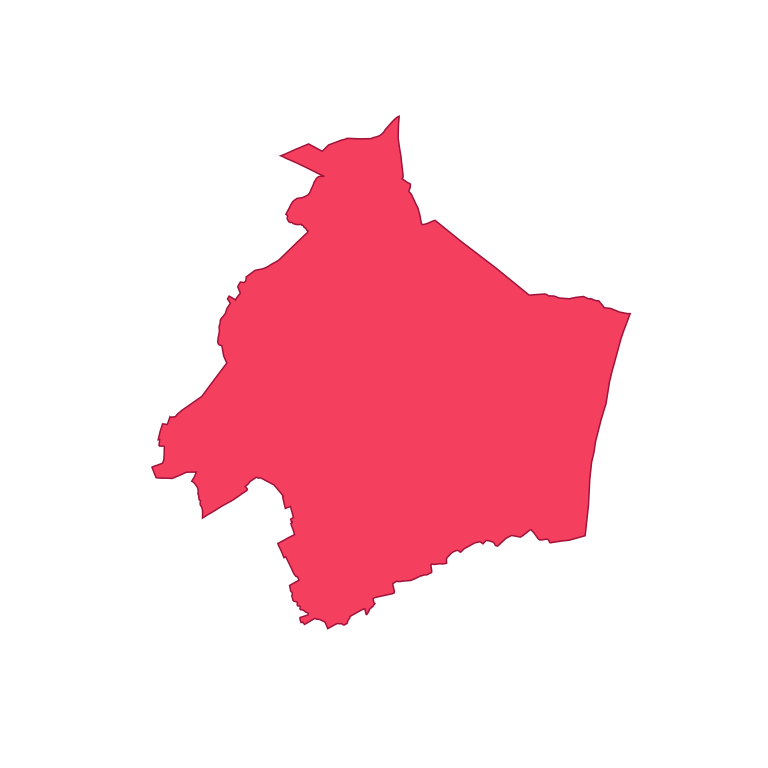 Chau Thanh, Hau Giang, Vietnam (Equal Earth projection), rotated 52°
{"feature_id": "81297802B83209776142835", "entity_name": "Chau Thanh", "entity_type": "district", "adm_level": 2, "iso_a3": "VNM", "parent_name": "Vietnam", "parent_adm1": "Hau Giang", "projection": "equal_earth", "projection_center": [105.811, 9.921], "detail": "fine", "context": "isolated", "style": "filled", "palette": "rose", "viewbox_px": 768, "rotation_deg": 52, "n_neighbors": 0, "source": "geoboundaries", "source_scale": "gbopen_adm2", "svg_char_len": 6158}
<svg xmlns="http://www.w3.org/2000/svg" viewBox="0 0 768 768"><g transform="rotate(52 384 384)"><path d="M182.4,207.2L181.9,209.0L181.8,210.2L182.1,214.0L182.7,217.7L184.3,226.2L184.7,227.4L185.3,229.0L185.6,230.7L185.7,232.9L185.6,234.5L185.2,236.0L184.7,237.5L183.4,240.4L182.9,241.8L182.7,243.1L176.1,251.9L167.6,261.9L167.5,262.3L167.5,263.1L165.5,267.7L161.5,280.5L162.6,289.4L148.4,295.6L144.9,308.3L141.9,320.5L140.6,324.9L141.5,324.3L146.5,321.9L154.6,317.5L162.6,313.5L165.0,312.3L179.1,305.6L183.7,303.2L183.1,303.8L181.0,306.5L180.4,307.8L180.2,309.3L180.4,310.6L181.2,312.9L182.0,314.9L184.1,318.2L185.5,321.2L186.8,323.3L187.6,324.8L188.0,326.4L188.1,327.9L187.7,330.4L187.0,333.1L186.3,334.6L184.2,338.3L184.0,341.5L184.1,343.6L185.5,347.4L186.6,349.4L189.8,356.8L191.3,356.5L192.2,356.5L193.1,357.6L193.9,358.3L195.0,358.9L195.8,358.8L197.4,359.1L198.2,358.9L199.0,358.5L199.6,357.5L200.4,356.9L201.1,356.9L202.2,356.5L205.1,354.2L207.2,350.9L208.0,351.1L208.4,350.9L208.7,350.5L209.3,350.2L211.3,350.5L213.2,349.8L215.2,350.2L216.3,350.0L216.7,349.7L217.5,351.2L217.8,355.1L218.4,360.6L218.8,365.0L221.5,389.8L221.5,391.3L221.0,395.5L220.5,397.7L220.1,402.2L219.5,405.8L218.4,409.0L215.1,415.6L215.0,416.7L214.8,426.8L216.7,428.3L217.5,429.5L217.9,430.9L217.7,432.0L215.2,434.4L216.5,437.7L217.5,439.5L218.7,439.8L222.4,440.8L224.0,441.3L224.2,442.4L225.4,447.2L225.7,448.0L226.4,449.1L219.4,451.9L220.5,454.9L225.8,455.4L227.3,460.0L227.9,461.3L228.9,463.0L230.7,465.5L231.6,468.9L232.0,471.1L232.5,473.0L233.3,474.0L234.2,474.9L235.2,475.6L236.3,477.4L236.8,478.1L238.3,479.4L240.8,481.0L243.8,484.2L244.9,485.7L248.5,489.2L250.1,489.8L251.6,489.8L252.9,489.1L253.7,488.2L255.9,489.2L263.2,493.1L270.7,495.0L277.5,520.4L277.7,521.1L281.6,535.2L280.3,559.6L280.5,565.2L281.3,568.7L278.7,572.6L278.3,572.9L278.1,572.9L282.5,579.6L279.1,583.0L283.1,589.0L288.9,596.3L289.7,594.9L293.8,599.1L294.7,599.1L297.5,595.7L298.2,595.6L300.2,597.5L300.8,597.8L302.6,599.4L304.0,600.4L304.5,601.0L307.1,603.2L308.5,604.7L309.3,605.9L310.0,607.6L307.9,614.0L306.8,617.2L306.7,618.1L317.5,621.3L320.4,618.3L326.4,610.8L326.6,610.8L328.0,609.1L330.5,600.1L331.8,594.2L333.8,591.4L337.9,586.2L340.4,590.5L341.8,594.4L342.3,595.4L343.9,594.7L345.4,594.4L347.3,594.5L350.6,594.7L352.9,595.6L353.6,596.1L354.5,596.8L355.9,598.2L357.3,598.6L358.2,599.0L360.0,600.2L361.0,600.8L361.9,600.8L362.7,600.7L363.0,600.4L364.2,601.8L364.9,602.4L365.7,603.0L366.3,603.2L368.5,603.5L369.9,603.9L371.4,604.6L372.6,605.4L373.9,606.3L377.9,609.6L378.5,603.3L379.3,598.0L380.5,586.4L382.2,576.0L382.5,573.6L382.8,568.7L382.9,565.8L383.4,559.1L383.4,557.4L383.2,556.8L382.8,556.4L382.0,556.3L379.4,556.5L379.1,552.0L378.6,550.9L378.4,549.5L378.5,547.7L378.7,545.3L378.8,542.5L379.1,541.9L379.4,541.6L380.8,541.0L381.1,540.6L381.7,539.3L382.0,539.0L395.9,532.8L403.8,532.5L410.3,532.4L410.2,533.0L412.5,534.3L415.9,535.9L420.2,537.8L421.3,538.4L422.9,533.1L433.5,537.6L433.0,540.7L435.5,541.8L435.9,541.1L436.8,541.7L436.7,543.4L444.1,545.8L447.6,547.3L446.2,554.2L445.8,557.1L444.3,565.9L447.8,566.9L448.3,566.9L453.5,568.1L459.3,569.8L459.7,567.8L471.2,570.2L477.4,571.7L479.1,571.9L480.4,571.9L481.6,571.8L482.7,570.9L483.0,570.9L485.4,571.5L486.0,571.7L486.2,572.1L485.6,575.8L484.6,582.4L489.7,585.0L490.5,585.1L491.3,584.7L491.8,584.6L493.1,585.8L493.7,586.3L494.1,587.0L494.7,587.4L495.4,587.6L496.5,588.0L497.9,588.7L498.5,588.9L499.3,588.9L500.7,588.0L501.8,587.0L502.4,586.8L503.0,586.8L504.4,588.3L505.2,588.6L505.9,588.5L506.8,587.4L507.3,587.0L507.9,587.0L509.4,588.7L510.3,588.8L512.2,587.1L513.8,586.5L515.0,586.3L515.9,586.0L517.3,585.1L517.9,585.0L518.5,585.2L519.0,585.6L519.1,586.3L516.3,594.0L517.8,595.1L518.7,595.5L521.0,596.2L521.5,594.8L524.6,594.6L526.1,582.9L527.0,582.4L527.8,581.9L529.8,579.8L534.0,577.7L535.5,577.1L542.2,578.9L543.1,572.8L543.9,568.5L546.8,565.1L547.5,564.7L548.7,564.4L549.4,563.8L549.7,561.7L550.0,560.8L549.7,559.8L548.6,558.8L548.0,557.9L547.6,555.8L547.0,554.6L546.2,554.1L548.2,540.9L548.8,538.9L549.3,537.5L554.0,539.7L554.7,539.9L554.9,539.8L554.9,538.7L554.6,537.8L554.1,537.0L553.7,535.5L553.0,535.0L552.6,533.8L552.4,529.8L551.4,526.3L550.3,526.5L549.1,526.1L547.2,525.2L546.3,524.6L546.7,522.8L548.2,519.4L554.5,506.3L554.9,504.7L554.0,503.6L546.8,500.2L546.9,497.8L547.3,495.2L548.3,494.6L549.6,493.0L550.4,491.4L554.3,485.3L555.3,484.0L556.6,479.2L557.8,473.0L558.2,472.8L559.3,469.7L560.3,468.5L560.8,467.7L561.3,464.7L561.8,462.9L561.5,462.1L561.0,461.7L556.4,459.0L555.2,458.1L555.1,457.7L555.3,457.2L557.4,455.2L559.9,450.8L561.5,449.1L561.8,448.6L562.0,448.5L562.4,447.7L563.3,446.2L563.8,445.0L560.5,442.7L559.9,441.8L559.7,441.1L558.8,435.3L558.9,432.9L559.7,429.8L560.2,428.8L561.0,428.1L561.6,427.8L563.3,427.5L563.7,427.1L563.6,426.0L563.2,422.3L563.4,420.7L564.1,416.9L565.1,410.1L565.3,409.9L567.2,405.8L568.0,405.2L570.8,404.5L570.2,399.7L572.5,397.6L575.3,395.7L576.8,395.2L578.4,395.2L579.5,395.6L580.1,395.4L581.7,394.3L580.7,382.9L581.9,376.7L588.7,370.7L589.0,367.2L588.9,358.5L589.6,357.7L590.5,357.8L593.7,357.5L600.3,357.8L601.2,357.8L601.9,357.6L602.5,357.4L603.5,356.4L604.0,355.7L605.8,352.3L606.3,351.5L606.9,350.9L607.6,350.6L608.2,350.5L608.9,350.5L610.6,351.0L611.6,350.7L612.4,349.1L617.2,340.5L621.0,334.5L627.4,318.9L605.2,297.3L585.9,280.6L573.5,268.6L567.1,260.6L559.6,252.7L546.1,235.3L539.0,225.3L536.6,221.6L521.1,204.9L514.3,196.4L510.0,190.5L494.3,169.5L489.2,161.7L487.9,159.4L480.1,146.7L478.2,149.0L472.3,154.1L463.8,159.0L459.7,163.4L455.6,163.4L454.0,163.5L450.8,163.5L448.7,165.7L446.6,167.2L444.7,167.9L442.6,170.5L437.8,173.0L433.8,179.6L430.9,185.5L424.1,193.0L419.4,195.8L415.9,200.0L413.7,200.7L412.1,201.8L403.3,214.9L360.3,224.7L319.8,235.3L286.5,243.0L285.5,245.7L284.2,250.9L282.8,254.5L282.0,255.4L280.7,255.8L273.1,251.8L265.9,248.8L262.4,248.2L252.2,245.8L250.5,245.6L247.6,245.9L247.2,245.6L245.9,243.2L243.7,240.8L243.0,240.4L242.2,240.2L241.7,240.3L240.5,241.1L239.5,241.5L236.7,242.3L233.4,243.4L233.0,242.0L231.5,240.6L217.9,232.3L215.0,230.4L210.0,227.8L199.0,221.5L189.0,213.3L182.4,207.2Z" fill="#f43f5e" stroke="#9f1239" stroke-width="1.5"/></g></svg>